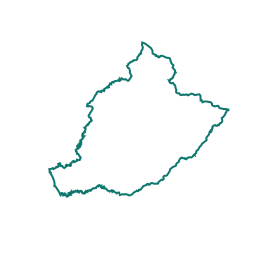 the district of Pekalongan, Jawa Tengah, Indonesia, rotated 236°
{"feature_id": "22746128B43405552393366", "entity_name": "Pekalongan", "entity_type": "district", "adm_level": 2, "iso_a3": "IDN", "parent_name": "Indonesia", "parent_adm1": "Jawa Tengah", "projection": "natural_earth1", "projection_center": [109.637, -7.042], "detail": "fine", "context": "isolated", "style": "outline", "palette": "teal", "viewbox_px": 256, "rotation_deg": 236, "n_neighbors": 0, "source": "geoboundaries", "source_scale": "gbopen_adm2", "svg_char_len": 5767}
<svg xmlns="http://www.w3.org/2000/svg" viewBox="0 0 256 256"><g transform="rotate(236 128 128)"><path d="M190.9,187.6L189.1,186.1L186.4,185.3L185.0,183.8L184.8,182.6L183.3,181.1L183.2,180.5L182.6,180.4L182.9,180.0L182.3,179.0L182.6,178.3L182.1,177.8L181.4,175.3L180.0,174.4L179.7,172.7L180.9,170.7L181.0,169.7L180.6,169.3L181.1,167.7L180.9,167.0L181.3,166.5L180.9,165.2L181.1,164.3L180.3,163.7L180.1,162.0L178.2,161.5L177.3,162.2L176.4,162.2L174.3,161.6L173.0,160.5L169.0,160.0L167.1,155.4L167.1,154.4L168.9,153.5L169.8,153.4L170.6,151.5L172.0,150.8L172.4,150.1L172.8,150.2L172.7,149.0L171.8,148.8L171.7,147.3L172.3,147.0L173.0,147.4L172.6,146.7L173.1,146.5L173.4,144.6L174.3,143.2L173.8,141.6L174.7,141.3L174.9,140.4L174.7,139.7L174.4,139.5L174.6,138.9L173.8,138.5L174.9,137.9L174.1,136.8L173.6,135.3L172.8,135.1L173.8,134.2L173.8,133.9L172.9,133.7L173.4,133.0L173.6,130.1L172.7,129.8L172.0,128.8L173.5,127.8L173.6,127.3L172.7,126.0L173.1,125.6L173.8,125.7L174.1,124.6L175.0,124.0L175.0,122.5L174.5,121.4L173.9,121.1L173.8,119.8L170.6,113.9L171.0,111.5L170.2,110.6L170.4,108.6L170.7,108.1L169.1,106.2L168.2,106.9L168.1,107.8L166.1,109.9L165.4,110.1L163.8,109.6L162.2,106.6L161.5,104.6L160.7,103.7L160.6,102.7L160.2,102.1L158.3,101.9L157.4,102.8L155.7,102.0L155.4,102.3L154.5,102.1L154.1,101.3L154.4,100.0L154.2,98.9L153.4,98.3L153.7,96.8L152.8,96.2L153.3,95.0L152.6,93.6L152.6,92.0L151.0,92.4L150.1,91.5L149.6,90.3L148.7,90.1L149.1,89.2L148.6,88.6L148.8,87.5L148.1,87.5L148.0,86.5L147.5,86.5L147.2,85.8L146.5,85.5L146.4,86.6L145.8,87.1L145.8,86.2L145.0,85.8L144.4,84.3L144.4,82.3L143.4,82.0L143.4,81.7L144.0,81.2L143.0,80.6L142.5,81.3L142.1,81.2L141.6,80.6L142.3,79.4L141.2,79.2L140.9,78.8L140.9,78.3L141.8,77.7L140.7,76.9L141.3,76.1L141.6,76.2L141.5,75.6L140.4,75.4L139.9,76.0L140.3,77.2L140.0,78.6L139.7,78.0L139.2,77.9L139.2,76.8L138.7,75.1L139.2,74.6L139.1,72.4L137.6,71.7L137.1,72.3L135.0,71.3L134.3,72.3L132.4,72.0L131.3,72.0L130.9,72.4L129.5,71.8L129.5,71.3L128.5,70.3L128.6,69.6L130.3,68.0L129.3,67.4L129.7,64.5L130.7,64.6L130.7,64.1L131.2,64.1L131.2,63.3L130.7,63.2L130.8,60.6L129.2,60.0L129.3,59.0L128.9,59.0L129.0,58.7L129.4,58.7L129.4,59.0L130.0,59.3L130.0,58.2L130.4,58.1L130.6,56.8L131.7,56.8L132.0,56.5L131.8,55.6L130.7,55.7L130.4,52.7L132.6,52.1L133.1,52.3L134.1,50.9L135.5,51.6L135.7,51.3L136.8,51.8L137.3,50.1L135.6,49.5L134.9,48.5L135.1,47.4L135.6,47.5L135.9,46.6L135.4,45.5L135.6,43.2L136.8,43.2L137.1,41.3L137.9,39.8L135.2,38.4L135.1,38.9L134.6,39.0L134.6,38.7L133.9,38.5L129.6,38.1L125.5,37.2L122.9,36.0L121.0,34.5L120.6,35.2L113.9,35.1L110.0,34.5L110.2,35.5L111.1,35.7L111.3,36.6L111.0,36.9L110.3,36.7L109.9,37.4L108.5,36.6L108.4,37.1L109.1,39.0L108.6,39.2L108.3,38.0L107.8,37.7L107.2,39.0L106.5,39.0L105.9,39.5L105.4,38.9L105.2,39.0L105.0,40.4L105.7,41.0L105.0,42.3L106.3,41.8L106.2,42.2L105.1,42.7L105.1,43.2L107.0,42.9L106.8,43.3L106.2,43.4L106.1,44.2L106.9,44.5L107.0,44.9L106.7,45.4L105.7,44.4L105.3,44.6L105.3,45.2L106.1,45.7L105.4,45.7L105.0,47.1L105.8,47.0L105.9,47.6L105.0,48.3L105.2,49.3L104.3,49.5L103.5,50.2L104.5,50.8L104.5,51.2L103.1,52.0L102.1,51.7L102.4,52.4L102.1,53.0L102.4,53.4L102.1,54.0L101.2,54.3L100.6,53.8L99.3,53.8L97.9,55.3L98.0,55.7L98.9,55.5L99.0,56.7L98.4,57.1L99.2,57.9L97.8,58.6L98.7,59.2L98.6,59.8L97.9,60.1L97.9,61.6L97.2,61.5L96.8,62.1L97.4,63.5L97.3,64.8L97.6,65.4L97.0,66.0L97.2,66.6L96.9,66.3L96.1,67.9L96.8,68.7L96.7,70.0L97.0,70.5L96.6,70.9L96.7,71.4L96.2,71.3L96.5,72.4L95.5,72.9L95.1,73.7L94.1,72.5L93.1,72.6L92.7,73.1L93.1,74.2L92.9,75.4L91.8,75.2L91.6,74.1L90.0,75.9L87.6,76.1L86.2,77.2L85.6,77.2L85.4,78.2L85.5,79.8L85.1,80.0L83.8,79.4L84.0,80.9L82.5,81.0L80.8,82.1L80.2,82.0L80.0,83.8L79.5,84.5L77.0,83.8L76.2,86.2L74.8,88.0L74.9,88.5L72.7,90.7L72.0,90.8L71.1,91.8L70.7,94.5L71.3,96.7L71.0,98.8L71.2,100.2L70.0,101.0L70.0,101.5L70.7,102.4L69.8,103.8L71.3,108.3L70.4,111.5L70.8,112.0L70.7,113.0L70.2,113.5L69.5,113.4L68.9,114.5L69.4,115.5L69.1,117.0L66.8,118.9L65.1,122.0L66.0,122.7L66.4,125.8L66.4,126.8L65.6,127.5L65.8,129.2L67.5,129.7L68.1,131.2L67.0,133.2L67.0,134.0L68.9,138.5L70.2,139.7L70.6,142.7L70.0,146.7L71.5,148.4L71.5,151.1L72.6,152.2L73.5,154.6L73.4,156.1L72.6,156.2L71.2,158.2L70.4,158.1L70.1,158.9L69.5,159.0L70.0,160.8L69.3,162.7L68.2,164.0L68.1,165.0L68.8,167.5L68.0,168.0L69.0,168.4L69.1,170.5L70.3,171.4L70.8,172.4L70.7,173.7L72.3,176.9L72.7,179.0L73.5,180.4L74.0,186.3L74.6,186.8L75.4,186.9L76.3,187.8L77.4,191.7L78.7,193.0L78.4,194.2L79.2,194.1L79.0,195.8L79.9,195.6L80.1,197.1L80.6,197.4L80.8,198.3L81.7,198.5L82.2,200.4L81.4,202.2L80.8,202.1L79.9,203.2L80.2,204.5L79.6,204.9L79.7,205.5L80.4,206.4L80.2,208.5L80.8,209.8L81.5,210.4L83.9,211.3L83.8,212.9L84.9,216.2L86.1,217.5L86.2,218.5L87.0,219.1L87.2,220.2L86.6,221.1L87.1,221.5L87.7,221.0L89.3,219.4L90.3,217.7L92.1,216.3L92.7,215.4L93.9,214.9L94.8,215.2L96.1,215.0L97.3,212.2L98.7,211.0L100.1,210.5L101.3,211.3L103.1,211.0L106.6,207.3L107.4,205.7L107.7,204.1L109.7,204.6L110.2,203.6L114.4,206.2L116.1,205.9L118.1,201.5L119.6,201.1L121.0,199.8L121.6,195.9L123.0,195.5L123.7,193.6L124.5,193.0L124.7,192.0L125.3,191.6L125.5,190.5L126.2,189.9L128.1,189.9L129.0,188.5L130.8,187.9L131.7,188.5L132.4,189.4L133.6,189.5L137.1,190.9L138.1,190.5L139.9,190.6L140.4,190.2L140.6,189.1L142.0,188.1L144.7,188.5L144.1,189.1L144.2,190.0L144.8,190.5L144.3,191.9L144.9,193.0L144.6,193.5L146.2,195.4L146.5,196.7L147.6,197.4L147.8,198.0L147.5,198.6L148.6,198.6L149.5,199.2L153.1,198.7L154.6,200.8L157.1,200.1L158.6,200.7L160.0,200.8L162.0,201.7L163.4,200.9L164.8,199.1L167.1,197.9L168.9,196.5L169.6,195.3L169.1,193.7L169.5,193.5L169.7,192.8L170.5,192.9L170.5,192.6L171.3,192.4L172.2,191.4L173.0,192.0L173.9,191.1L176.1,190.1L178.6,191.6L181.5,191.7L187.3,189.8L189.3,188.8L190.9,187.6Z" fill="none" stroke="#0f766e" stroke-width="2"/></g></svg>